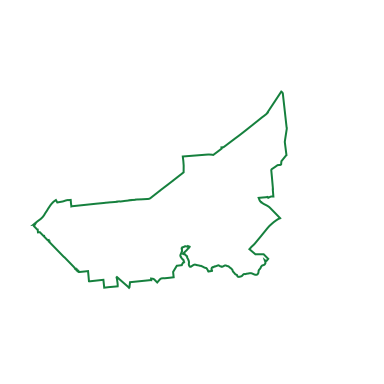 Canning, Western Australia, Australia (orthographic projection), rotated 219°
{"feature_id": "25037944B2496866637958", "entity_name": "Canning", "entity_type": "district", "adm_level": 2, "iso_a3": "AUS", "parent_name": "Australia", "parent_adm1": "Western Australia", "projection": "orthographic", "projection_center": [115.903, -32.049], "detail": "fine", "context": "isolated", "style": "outline", "palette": "green", "viewbox_px": 384, "rotation_deg": 219, "n_neighbors": 0, "source": "geoboundaries", "source_scale": "gbopen_adm2", "svg_char_len": 5917}
<svg xmlns="http://www.w3.org/2000/svg" viewBox="0 0 384 384"><g transform="rotate(219 192 192)"><path d="M215.9,57.8L215.5,58.0L205.6,68.0L200.0,62.4L196.8,65.7L193.8,68.6L193.5,68.9L190.4,71.9L190.9,72.6L191.7,73.5L192.8,74.6L195.5,77.1L196.8,78.1L197.0,78.5L197.7,78.7L194.1,78.6L193.9,78.5L192.6,78.5L184.3,78.2L182.1,78.1L180.6,77.9L180.6,78.4L180.8,78.9L181.0,79.1L183.4,82.9L169.0,97.2L168.5,97.6L168.2,97.8L169.3,99.0L167.7,100.0L166.9,100.2L166.4,100.3L165.6,100.2L162.1,99.8L162.0,103.1L161.9,104.0L161.9,104.5L161.8,104.8L161.5,105.3L161.2,105.8L160.9,106.1L160.2,106.8L158.8,107.9L155.0,111.7L152.6,114.2L155.9,117.5L156.4,118.1L157.4,125.1L153.9,128.7L154.2,129.7L154.4,130.7L154.4,131.2L154.4,131.4L154.0,132.0L154.0,132.4L154.0,132.6L154.3,132.7L155.0,133.1L155.4,133.6L155.6,133.7L155.8,133.7L156.0,133.8L156.1,133.7L156.6,133.7L157.3,133.9L158.0,133.9L158.6,134.1L159.1,134.3L159.6,134.4L159.7,134.6L159.8,134.6L160.0,134.6L160.3,134.7L160.7,135.0L160.9,135.1L161.2,135.5L161.3,135.7L161.5,136.2L161.6,136.9L161.8,137.1L161.9,137.4L162.0,138.3L162.3,138.8L162.4,139.4L162.5,139.7L162.5,139.8L163.8,141.0L163.9,141.4L164.0,141.5L164.4,141.5L164.7,141.9L164.7,142.0L164.6,142.3L164.5,142.6L164.7,142.9L164.5,143.2L164.2,143.6L164.0,143.8L163.8,144.3L163.6,144.5L163.5,145.1L163.1,145.6L162.8,145.8L162.5,145.9L162.4,145.9L162.2,146.1L161.5,146.6L160.9,146.7L160.8,146.9L160.7,147.2L160.9,147.5L159.4,148.0L159.3,147.8L159.3,146.0L159.4,145.4L159.5,144.9L159.5,143.6L159.9,140.7L159.9,140.3L160.1,138.8L160.1,138.5L160.0,138.3L159.8,138.2L159.6,138.3L158.2,139.2L157.6,139.1L157.2,138.8L156.9,138.8L155.8,139.0L155.1,138.7L154.9,138.4L154.5,138.0L152.3,137.1L151.8,136.7L151.1,136.4L150.1,135.5L149.0,133.8L148.7,133.6L148.1,133.1L147.6,133.0L147.2,132.7L146.9,132.6L146.5,132.7L146.1,133.0L145.8,133.3L145.7,134.0L145.4,134.6L145.0,136.0L144.9,136.3L144.1,137.4L142.9,138.0L142.6,138.0L142.3,138.2L140.1,139.4L139.2,139.7L138.5,140.3L137.8,140.4L137.3,140.6L134.7,141.1L133.1,141.8L132.9,141.9L132.1,141.7L131.4,141.5L130.2,141.0L129.7,140.8L129.6,140.6L129.4,140.5L129.2,140.5L128.5,141.4L128.3,141.7L128.1,141.7L127.8,142.1L126.9,143.2L126.8,143.3L126.9,143.5L128.2,144.2L128.6,144.8L128.9,145.7L128.9,145.8L128.7,146.4L128.6,146.7L128.0,147.0L127.9,147.2L127.9,147.7L127.7,148.3L127.2,148.6L127.1,148.9L126.9,149.1L125.6,151.3L125.3,151.7L125.0,151.8L123.0,152.1L122.7,152.3L122.5,152.5L122.4,152.6L122.1,152.7L121.8,152.6L121.5,152.9L121.2,153.4L120.8,154.3L120.2,155.6L120.0,155.8L119.6,156.1L119.2,156.3L118.0,156.6L117.1,157.1L116.8,157.2L116.3,157.2L115.3,157.1L113.3,157.2L112.1,157.0L111.6,156.9L111.3,156.7L110.4,156.1L109.8,155.9L108.6,155.8L107.5,155.5L106.8,155.4L106.3,155.4L104.9,155.8L104.5,155.6L103.9,155.2L103.4,155.1L102.8,155.1L102.5,155.3L101.9,155.8L101.6,156.2L100.8,157.2L100.7,157.5L100.3,158.4L100.3,159.8L100.1,160.7L99.8,161.1L99.5,161.3L98.7,161.9L98.1,162.9L97.7,163.3L97.0,164.0L96.5,164.7L95.7,165.5L95.1,166.0L94.3,166.4L91.4,167.2L90.8,167.5L90.2,167.9L89.7,168.4L89.4,168.9L89.3,169.2L89.3,169.7L89.4,170.2L89.5,170.8L89.8,171.4L90.1,171.9L90.6,172.6L90.8,173.1L90.9,173.7L90.9,174.1L90.8,174.8L90.9,176.0L91.0,176.5L91.2,177.0L91.3,177.5L91.3,178.3L91.2,179.0L91.0,179.4L90.3,180.3L90.0,181.1L89.9,181.5L90.1,182.5L90.2,183.0L90.6,183.4L90.9,183.8L91.4,184.1L92.3,184.6L92.6,184.8L92.4,184.8L92.1,184.8L91.9,184.8L91.2,185.0L90.9,184.9L90.7,185.8L90.7,188.0L97.1,188.7L103.5,183.5L111.4,183.7L111.3,185.8L111.3,186.7L111.1,188.0L110.8,190.1L110.7,191.6L110.6,201.2L110.6,211.3L110.5,213.9L110.4,214.8L109.9,217.9L109.5,220.1L108.7,223.1L107.9,225.5L107.4,226.8L107.1,226.8L107.0,227.1L111.9,227.7L120.4,228.7L122.5,228.9L123.7,228.8L124.6,228.7L125.8,228.5L128.5,227.9L129.3,227.8L130.2,227.7L131.0,227.7L131.6,227.8L131.7,227.5L133.0,227.7L133.8,227.9L134.6,228.3L136.0,229.1L136.5,229.4L136.3,229.6L130.6,235.1L130.5,235.5L130.4,235.6L130.1,235.6L129.9,235.8L129.5,235.7L129.1,235.5L128.3,237.2L128.0,237.8L127.7,238.2L127.2,238.7L125.9,239.7L126.2,240.0L131.0,245.0L130.9,245.2L139.5,254.1L144.2,258.9L144.4,259.9L143.2,263.8L142.4,266.7L141.7,267.4L140.8,268.3L140.5,268.5L140.3,268.9L140.1,269.5L141.9,272.2L141.9,273.1L141.9,279.9L141.8,280.1L151.4,289.3L152.5,291.1L158.1,300.7L158.5,301.2L158.8,301.6L159.2,301.8L183.1,325.4L183.4,325.7L183.8,325.9L184.1,326.1L184.5,326.2L185.8,326.2L184.4,311.9L183.4,301.4L183.1,301.4L183.1,300.6L183.2,300.2L183.3,299.2L184.1,295.7L184.4,294.8L188.2,277.5L188.5,276.1L190.8,266.1L191.2,264.5L191.8,262.2L192.2,260.7L195.3,248.2L195.5,247.5L195.7,246.7L196.0,246.2L196.4,245.7L196.6,245.8L197.2,245.2L196.3,244.4L196.6,243.0L198.8,234.2L200.5,233.2L202.0,232.1L202.7,231.6L204.0,230.4L221.5,213.8L220.6,212.9L218.3,210.7L215.1,207.3L210.9,202.0L215.1,183.9L217.3,174.9L220.5,160.9L220.7,160.4L220.9,160.0L221.2,159.6L221.5,159.2L226.1,155.0L231.0,150.7L231.3,150.1L233.4,148.2L233.6,148.1L233.7,147.8L234.6,146.9L234.7,147.0L235.4,146.3L235.3,146.2L236.6,144.8L238.8,142.6L239.6,141.7L241.8,139.4L242.3,139.2L243.6,138.0L244.3,137.3L244.2,137.1L248.4,133.1L249.2,132.4L251.4,130.2L252.1,129.6L253.0,128.6L253.9,127.7L254.6,127.0L258.9,122.8L264.3,117.4L266.5,115.2L276.6,105.1L276.7,104.9L279.8,107.9L280.3,108.5L281.3,109.5L281.8,109.0L282.9,107.9L283.2,107.8L283.9,107.1L284.2,106.7L284.9,105.8L285.5,104.8L286.4,103.4L290.1,99.1L292.7,100.1L293.0,99.1L293.5,97.2L293.7,94.7L293.7,92.7L293.3,88.3L293.0,86.4L292.7,83.0L292.4,81.2L292.3,79.6L292.3,78.4L292.4,77.5L292.6,75.9L293.6,72.1L294.7,66.7L293.6,67.8L293.5,66.8L293.3,66.0L288.4,65.4L288.2,65.6L286.3,63.7L285.0,65.0L279.7,64.4L279.3,64.8L278.8,64.3L273.9,63.7L273.2,64.5L272.2,63.5L271.7,64.0L271.1,63.4L270.8,63.3L250.7,60.9L250.1,61.0L236.7,59.4L234.7,59.0L234.5,58.8L234.0,59.3L233.4,58.8L232.9,59.3L232.2,58.6L231.6,59.1L231.1,58.6L230.6,59.1L230.1,58.5L229.5,58.6L223.0,65.1L218.8,60.8L215.9,57.8Z" fill="none" stroke="#15803d" stroke-width="2"/></g></svg>